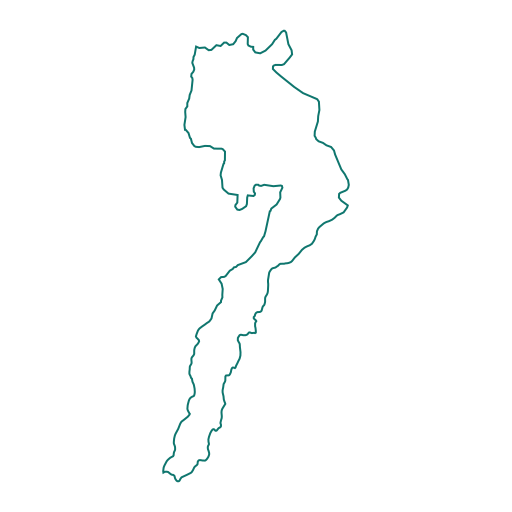 the district of Chicacao, Suchitepéquez, Guatemala
{"feature_id": "79465075B95007488956615", "entity_name": "Chicacao", "entity_type": "district", "adm_level": 2, "iso_a3": "GTM", "parent_name": "Guatemala", "parent_adm1": "Suchitepéquez", "projection": "natural_earth1", "projection_center": [-91.364, 14.487], "detail": "fine", "context": "isolated", "style": "outline", "palette": "teal", "viewbox_px": 512, "rotation_deg": 0, "n_neighbors": 0, "source": "geoboundaries", "source_scale": "gbopen_adm2", "svg_char_len": 6064}
<svg xmlns="http://www.w3.org/2000/svg" viewBox="0 0 512 512"><path d="M291.6,50.3L288.4,44.2L286.1,32.5L284.7,30.8L283.8,30.7L281.5,32.0L276.3,38.8L274.9,39.8L272.1,44.2L265.5,50.6L260.2,53.3L255.3,52.4L253.2,49.6L253.2,46.9L250.9,46.7L248.4,45.5L247.7,44.0L247.9,37.2L245.9,35.1L242.7,33.8L241.4,34.1L237.0,38.0L235.6,41.2L233.2,44.2L229.3,45.0L226.4,42.6L224.1,42.6L220.6,46.0L216.4,45.2L211.4,49.9L208.7,50.2L204.9,47.5L199.3,48.0L196.1,46.6L194.7,54.7L193.5,57.0L193.4,59.2L192.6,61.2L192.3,62.9L194.1,67.7L194.2,69.6L193.3,71.8L191.5,73.9L191.2,76.6L192.3,78.0L192.6,79.8L191.5,90.5L189.7,94.9L189.2,98.6L187.3,103.0L187.3,106.4L185.4,109.0L185.2,112.0L185.6,117.1L184.4,124.9L185.0,129.8L185.7,129.8L188.5,133.0L190.0,137.9L190.9,138.7L192.0,143.0L194.4,146.1L195.8,146.8L199.1,147.1L205.0,145.9L210.0,146.1L214.0,148.6L221.6,148.7L222.8,149.2L225.0,151.6L224.9,160.3L224.2,161.5L224.1,163.4L223.5,163.9L220.9,172.6L220.6,175.3L222.0,180.0L222.5,187.7L223.7,189.5L228.5,193.6L237.6,195.0L237.3,202.6L235.4,205.1L235.2,206.7L237.3,209.6L239.5,210.0L242.2,208.9L246.1,206.2L246.9,204.0L247.2,197.5L247.8,195.4L253.5,196.0L254.8,194.9L255.0,193.4L253.8,191.7L253.6,188.3L254.7,185.6L256.0,184.7L258.4,184.8L259.1,185.6L261.1,185.9L264.2,184.8L273.4,186.2L280.7,185.5L281.9,185.9L282.4,187.7L280.2,192.3L280.4,197.6L280.0,199.0L276.6,204.5L271.3,208.6L270.5,210.9L269.8,211.3L265.5,231.3L264.0,236.4L263.2,237.1L260.8,241.3L260.1,242.1L256.7,249.2L255.2,252.4L251.8,256.2L245.9,262.1L237.8,265.1L236.1,266.9L233.9,267.4L232.7,269.0L229.8,270.7L225.6,276.1L224.1,276.9L221.1,277.1L218.8,279.4L221.6,283.7L222.7,289.0L222.3,294.8L222.4,297.4L221.0,300.7L221.0,302.1L217.1,305.5L214.7,310.5L212.6,313.4L211.5,318.4L211.0,319.2L209.5,321.2L209.0,321.7L206.8,323.1L204.7,324.7L202.2,326.4L199.6,328.4L198.8,329.3L197.9,330.7L196.6,334.1L195.9,336.4L196.5,337.7L197.5,338.6L198.9,340.2L199.1,341.4L198.4,342.8L197.7,343.9L195.4,346.3L194.7,347.9L194.3,349.6L194.2,350.5L194.2,353.9L193.9,354.6L193.5,355.4L192.0,357.2L191.5,358.2L191.4,359.0L191.4,359.9L191.6,362.3L191.5,363.4L191.1,364.3L190.1,365.9L189.8,366.8L189.7,369.4L189.4,371.8L189.4,373.7L189.6,374.4L190.5,376.1L191.0,377.7L191.4,378.3L191.9,378.6L192.5,381.8L193.5,383.9L193.9,385.0L194.6,388.7L194.8,392.0L194.6,393.8L194.1,395.6L193.6,396.1L192.2,396.7L191.2,397.3L190.6,397.8L190.0,398.4L189.4,399.4L188.9,400.5L188.2,403.1L187.7,405.2L187.4,408.7L187.6,409.8L188.2,411.2L189.3,413.2L189.8,413.9L189.3,414.9L187.8,416.7L184.2,419.6L181.7,421.5L181.1,422.2L180.2,423.8L178.2,428.9L175.6,433.7L174.9,435.4L174.2,438.3L173.9,441.1L173.8,442.8L173.9,443.7L174.6,445.5L175.0,446.8L175.1,448.0L175.1,448.9L175.1,449.6L174.8,450.6L174.3,451.5L174.0,452.3L173.8,453.2L173.6,455.3L173.1,456.2L170.3,457.7L168.9,458.9L167.9,459.8L167.2,460.6L166.6,461.4L164.4,465.6L163.7,467.4L163.5,468.6L163.2,471.2L163.4,472.6L164.7,471.8L166.7,471.7L168.1,472.0L170.8,474.2L172.1,474.8L173.2,474.9L174.3,475.7L174.6,476.4L175.0,478.1L175.5,479.2L176.6,480.7L177.4,481.2L178.2,481.3L179.0,481.1L179.6,480.5L180.5,478.7L181.6,477.3L186.8,474.9L190.2,473.2L191.2,472.6L191.8,472.0L193.1,469.9L194.1,467.7L194.7,466.8L195.4,466.2L196.9,465.0L197.5,464.2L197.8,461.6L198.4,460.7L199.1,460.2L200.1,460.1L201.5,460.3L202.6,460.5L205.0,460.6L205.6,460.3L206.5,459.5L207.3,458.5L208.3,456.9L208.9,455.4L209.2,454.1L209.1,452.8L208.5,450.6L208.0,449.4L207.9,448.8L207.8,447.8L207.8,447.0L208.0,446.1L208.9,444.4L208.9,443.5L208.5,441.8L208.4,439.4L209.0,436.8L210.3,433.1L211.5,430.9L212.6,429.5L213.5,429.2L214.2,429.4L215.4,430.7L216.0,430.8L216.8,430.4L218.3,428.5L219.0,427.9L219.9,427.5L220.6,426.9L221.0,426.0L220.9,424.4L220.5,423.3L220.5,422.6L221.0,420.4L221.7,418.0L221.8,416.2L221.5,412.7L221.6,410.9L221.9,409.8L222.4,408.6L225.3,403.9L225.0,402.9L224.4,401.4L223.8,399.4L223.5,396.3L223.2,395.0L222.8,393.3L222.6,392.2L222.6,390.3L223.0,388.2L223.2,387.3L223.6,384.1L225.0,381.6L225.3,380.6L225.4,376.5L225.9,375.6L226.9,375.4L228.5,375.4L229.1,375.2L229.6,374.7L230.1,373.9L230.8,372.3L231.4,369.4L231.9,368.4L232.2,367.9L232.9,367.5L233.9,367.7L234.9,368.1L235.5,367.5L236.1,365.7L237.3,363.4L238.3,361.2L239.6,358.7L240.4,355.6L240.5,352.2L239.9,347.0L239.8,344.8L239.6,343.6L238.4,341.5L237.8,340.2L237.9,337.9L238.3,337.2L239.6,335.2L240.5,334.8L241.3,334.8L243.3,335.2L245.4,335.2L246.1,335.0L246.7,334.8L247.3,334.4L247.8,333.9L248.7,332.8L249.2,332.4L250.2,332.5L250.8,332.8L251.8,333.1L253.5,332.9L254.4,332.9L255.0,333.1L255.8,332.6L255.8,330.8L255.5,328.0L255.1,326.2L255.1,324.3L255.1,323.4L255.4,322.5L256.3,321.1L255.9,320.4L254.2,318.9L253.7,318.1L253.8,317.0L254.5,316.3L254.9,315.6L255.0,314.8L255.4,313.9L255.9,313.1L256.8,312.4L257.5,312.1L259.7,312.0L260.5,311.7L261.3,311.1L261.7,310.3L262.5,307.3L262.9,306.4L264.2,305.0L264.5,304.3L265.0,302.4L265.1,301.6L265.1,298.7L265.2,297.7L265.6,296.6L267.0,294.4L267.3,293.6L267.6,292.9L267.9,291.2L268.2,285.5L268.2,283.9L268.0,282.0L268.0,280.1L269.2,272.7L269.7,271.6L271.2,269.4L272.0,268.6L272.8,268.2L275.2,267.6L276.1,267.1L276.7,266.6L278.0,265.8L279.2,264.5L280.3,263.8L284.3,263.7L285.3,263.4L287.5,263.2L288.8,262.9L290.8,262.1L292.0,261.1L294.9,257.4L298.7,253.9L302.0,249.8L304.4,247.8L305.2,247.3L307.4,246.2L309.7,245.3L311.3,244.2L311.9,243.8L313.7,241.2L314.5,239.7L314.9,238.8L315.6,236.6L316.8,234.4L316.9,232.0L317.0,231.1L317.3,230.5L318.0,228.8L318.8,227.7L319.7,226.8L323.5,223.6L324.4,223.0L326.4,222.0L328.9,221.2L332.1,219.7L334.5,217.9L336.6,215.8L337.5,215.1L339.9,214.2L343.6,212.4L347.1,207.5L347.8,205.4L341.3,200.7L338.9,197.6L339.1,193.9L340.3,192.8L345.4,190.7L347.1,189.5L348.2,187.6L348.8,184.9L348.0,180.0L347.4,179.3L344.8,174.2L341.3,169.4L335.1,154.5L334.0,150.5L331.1,147.0L326.4,145.3L323.0,142.9L318.6,141.3L316.2,139.1L315.8,137.8L314.6,135.8L314.8,131.6L317.9,121.5L318.2,116.2L319.4,110.0L318.9,101.7L317.2,99.2L303.0,93.1L294.1,86.9L280.9,76.3L276.4,72.5L272.9,69.0L273.0,66.4L273.7,65.6L275.5,64.9L281.8,65.0L284.0,64.2L289.6,57.7L292.1,54.4L291.6,50.3Z" fill="none" stroke="#0f766e" stroke-width="2"/></svg>